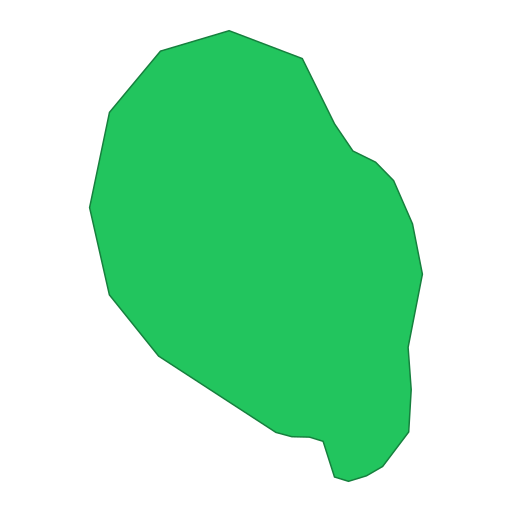 the Province of Camiguin
{"feature_id": "PHL-2590", "entity_name": "Camiguin", "entity_type": "Province", "adm_level": 1, "iso_a3": "PHL", "parent_name": "Philippines", "parent_adm1": "", "projection": "equal_earth", "projection_center": [124.749, 9.164], "detail": "fine", "context": "isolated", "style": "filled", "palette": "green", "viewbox_px": 512, "rotation_deg": 0, "n_neighbors": 0, "source": "natural_earth", "source_scale": "10m", "svg_char_len": 428}
<svg xmlns="http://www.w3.org/2000/svg" viewBox="0 0 512 512"><path d="M375.6,162.2L393.6,180.6L412.5,223.9L422.4,274.2L408.1,347.4L411.2,389.7L408.7,432.0L382.7,466.4L366.5,475.8L348.5,481.3L334.5,477.0L323.1,441.3L309.4,437.1L291.8,436.7L275.9,432.4L158.6,356.1L109.4,294.9L89.6,207.6L109.5,112.3L160.5,51.1L229.1,30.7L302.3,58.6L334.6,124.0L352.9,151.0L375.6,162.2Z" fill="#22c55e" stroke="#15803d" stroke-width="1.5"/></svg>